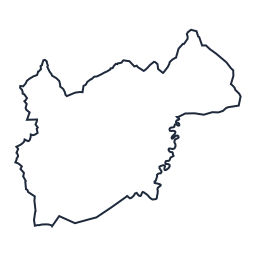 outline of Misau, Bauchi, Nigeria
{"feature_id": "59680162B30906229675123", "entity_name": "Misau", "entity_type": "district", "adm_level": 2, "iso_a3": "NGA", "parent_name": "Nigeria", "parent_adm1": "Bauchi", "projection": "mercator", "projection_center": [10.494, 11.386], "detail": "fine", "context": "isolated", "style": "outline", "palette": "slate", "viewbox_px": 256, "rotation_deg": 0, "n_neighbors": 0, "source": "geoboundaries", "source_scale": "gbopen_adm2", "svg_char_len": 4432}
<svg xmlns="http://www.w3.org/2000/svg" viewBox="0 0 256 256"><path d="M186.8,34.2L187.6,36.2L187.6,36.6L187.6,38.8L184.0,43.9L182.8,44.0L178.6,48.6L176.0,57.6L175.8,57.6L172.6,59.4L169.7,62.1L169.3,63.9L167.9,66.7L167.9,66.8L163.2,72.9L162.9,72.9L158.1,69.0L157.5,64.1L155.4,62.3L154.0,61.8L150.0,65.0L147.3,68.0L144.9,70.2L143.7,70.9L137.9,67.2L136.7,65.7L136.3,65.9L134.3,66.4L129.4,61.2L126.3,60.8L123.6,60.3L122.5,61.2L121.7,62.5L120.1,63.1L118.3,63.1L117.3,64.2L115.9,63.8L114.9,64.8L114.0,65.7L112.6,68.1L111.4,68.3L110.6,68.3L110.2,69.5L106.9,71.5L105.5,72.1L104.5,72.5L101.9,74.0L97.1,76.4L94.3,76.7L93.8,77.0L91.5,79.2L90.9,79.2L87.3,81.9L85.8,84.7L83.5,85.9L82.5,92.2L79.8,92.0L78.4,92.2L75.0,92.7L66.8,96.1L65.5,94.8L65.5,94.7L64.8,92.1L63.4,89.3L62.8,88.6L60.2,86.6L60.1,85.4L60.2,84.9L59.3,81.1L56.5,78.3L54.2,76.9L52.1,75.7L51.4,74.0L49.6,71.7L48.7,69.6L48.3,69.1L47.3,66.9L47.9,65.6L46.9,62.9L46.8,61.5L44.9,59.9L43.4,60.3L42.6,62.7L42.2,63.9L42.0,65.1L41.6,65.3L41.2,65.8L40.6,66.1L40.7,66.9L40.8,68.2L40.9,68.6L41.0,69.1L38.6,71.6L38.1,71.6L38.0,72.0L37.9,72.4L37.7,73.0L37.6,73.5L37.0,75.1L34.4,76.0L33.7,76.2L32.7,76.8L31.3,77.6L30.3,78.2L28.4,79.6L26.9,80.8L26.1,82.5L25.5,83.7L23.2,86.3L20.3,86.0L20.1,87.4L20.4,88.3L21.9,89.6L22.7,92.0L22.6,93.5L23.6,94.2L24.2,94.2L27.0,98.1L25.6,100.2L24.4,101.2L26.7,104.0L25.6,107.9L26.3,109.8L29.6,112.4L27.0,119.8L37.0,119.5L36.8,121.4L35.5,124.5L37.8,127.5L36.7,128.9L37.6,132.9L34.8,134.7L32.7,135.2L30.8,134.5L30.6,137.3L29.7,140.0L28.7,141.0L27.8,141.1L24.6,139.5L24.2,141.5L23.1,142.7L21.6,144.0L20.2,144.9L16.4,146.8L17.9,148.5L18.1,149.1L16.5,152.8L17.1,153.2L18.0,155.6L18.0,156.5L16.6,158.5L16.6,159.6L15.4,162.4L18.4,163.5L21.8,166.4L20.5,169.0L23.9,172.8L23.4,175.8L23.1,176.2L25.8,181.1L25.3,181.7L26.0,189.2L27.4,189.9L28.1,192.0L34.8,196.4L34.4,200.7L35.6,211.2L35.4,211.3L35.2,211.8L34.0,220.2L34.9,225.7L37.6,225.1L39.4,225.1L41.9,224.5L45.0,224.4L47.0,224.4L48.1,224.4L49.3,224.7L50.6,225.0L51.8,225.6L52.1,226.2L59.2,216.1L75.0,223.2L79.3,222.0L83.4,220.9L88.8,219.4L96.4,217.4L110.6,207.9L125.4,197.4L127.1,196.0L129.9,198.3L131.1,198.0L133.1,196.4L134.1,195.2L135.0,193.5L136.7,192.9L137.2,193.7L138.1,194.8L138.8,195.6L140.3,196.0L141.0,195.5L141.4,194.3L141.9,193.1L142.7,192.0L143.5,192.2L144.5,192.8L145.4,193.5L146.6,194.3L147.7,195.2L148.7,196.4L149.7,197.6L151.0,198.6L152.5,199.5L153.4,199.4L154.5,199.3L155.0,199.2L156.0,199.0L156.7,198.4L157.1,195.6L157.5,194.0L157.7,192.2L157.8,190.6L157.4,189.1L157.9,187.7L158.9,186.9L160.6,185.6L160.6,184.7L159.7,184.2L158.7,183.9L156.6,183.4L155.5,183.2L154.6,182.9L154.5,182.0L154.7,181.3L155.4,181.2L155.8,180.4L156.3,179.0L156.7,177.6L157.2,176.1L156.9,175.0L157.5,174.4L157.9,173.9L159.2,173.4L160.7,173.3L161.4,172.3L161.5,171.2L160.8,170.4L160.3,169.4L159.5,168.3L159.5,166.7L160.5,166.1L161.4,165.8L162.7,165.4L163.8,165.2L164.8,165.7L164.9,166.7L164.5,168.1L164.4,169.1L164.5,169.6L165.0,170.1L166.2,169.9L167.2,169.1L168.5,168.2L169.2,167.2L169.7,166.0L169.4,164.8L168.4,164.2L167.0,164.0L166.0,164.0L165.4,163.4L165.3,163.1L165.4,162.1L166.1,161.0L167.3,160.9L168.5,160.9L169.4,160.4L170.0,159.1L170.3,158.0L171.0,157.2L172.2,156.8L173.6,155.8L173.3,155.2L173.0,154.7L172.8,153.8L172.9,153.2L172.3,152.2L171.4,152.2L170.3,151.9L169.4,151.4L168.5,149.7L169.0,148.6L169.9,148.4L170.8,148.7L171.8,148.8L172.5,149.0L173.3,148.9L174.4,148.5L175.5,146.3L175.5,145.1L175.3,144.0L174.4,142.4L174.5,140.9L174.9,140.0L175.8,139.1L177.1,138.5L177.9,138.2L178.6,137.4L178.3,136.2L177.6,135.6L176.0,135.7L174.2,137.2L173.4,138.2L172.6,138.6L171.8,138.5L171.6,137.6L172.2,136.4L173.5,135.1L174.7,134.0L175.4,132.5L175.2,131.5L174.4,131.0L173.2,130.8L171.2,131.0L170.4,130.8L169.9,130.7L169.5,129.5L169.7,128.6L170.6,127.7L172.2,127.4L173.3,127.3L174.3,126.8L174.4,125.8L175.0,124.4L176.2,124.3L177.1,125.0L178.3,125.7L179.2,125.4L179.3,124.3L179.0,123.6L178.0,122.8L176.7,122.9L176.0,122.3L176.1,121.4L176.7,120.4L178.6,119.8L179.2,119.2L179.0,118.5L178.0,117.9L177.3,117.4L177.0,117.0L178.2,117.0L185.2,113.5L194.7,113.3L199.1,114.0L203.8,114.7L212.3,112.2L218.4,112.4L222.9,110.9L226.4,107.8L228.8,107.1L238.7,105.6L240.6,96.4L239.2,93.7L235.4,90.0L234.4,87.4L231.5,84.5L230.9,84.2L233.4,75.9L233.2,70.3L231.1,68.4L226.4,62.3L216.2,53.7L209.8,49.1L205.9,45.4L202.1,45.5L199.2,37.1L198.1,36.4L196.5,31.2L194.5,30.7L191.0,29.8L187.8,32.3L186.8,34.2Z" fill="none" stroke="#1e293b" stroke-width="2"/></svg>